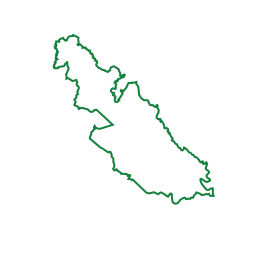 Baba, Los Rios, Ecuador, rotated 307°
{"feature_id": "8360857B87551033662534", "entity_name": "Baba", "entity_type": "district", "adm_level": 2, "iso_a3": "ECU", "parent_name": "Ecuador", "parent_adm1": "Los Rios", "projection": "albers", "projection_center": [-79.637, -1.673], "detail": "fine", "context": "isolated", "style": "outline", "palette": "green", "viewbox_px": 256, "rotation_deg": 307, "n_neighbors": 0, "source": "geoboundaries", "source_scale": "gbopen_adm2", "svg_char_len": 5826}
<svg xmlns="http://www.w3.org/2000/svg" viewBox="0 0 256 256"><g transform="rotate(307 128 128)"><path d="M159.0,20.7L157.3,20.0L156.2,20.5L156.0,20.9L155.7,20.7L155.2,20.9L154.9,19.7L154.2,19.2L154.1,18.9L153.8,19.0L153.7,18.8L153.5,19.1L152.6,19.1L152.3,19.5L151.3,19.8L151.3,20.1L150.9,19.9L150.9,20.7L150.3,20.7L150.1,21.4L149.2,21.3L148.9,21.5L148.7,21.2L148.5,22.0L147.9,21.9L148.1,23.3L147.3,24.3L147.4,24.6L146.9,24.8L147.0,25.5L146.5,26.2L146.0,25.8L145.5,26.2L145.0,25.9L144.1,26.2L144.2,26.8L143.4,27.4L142.7,26.9L142.2,27.5L141.1,27.9L141.1,28.2L140.4,28.1L140.0,28.4L139.9,28.7L140.4,29.4L140.4,30.0L139.6,29.3L138.9,30.0L138.2,29.7L137.4,29.9L137.1,30.5L136.7,30.1L136.4,30.7L135.8,30.6L135.6,31.2L134.0,30.9L132.9,31.5L132.7,32.2L132.1,31.9L131.8,32.1L131.6,33.6L132.6,34.9L133.8,36.2L134.4,35.7L136.9,37.5L137.6,38.6L139.2,39.7L139.8,39.7L140.7,39.3L142.0,39.3L143.1,39.8L144.6,39.4L142.0,41.5L141.1,42.4L140.3,44.3L139.7,44.8L135.1,46.1L133.5,46.3L131.9,48.3L130.3,49.0L131.5,50.0L131.9,50.9L132.1,55.5L134.0,56.8L134.3,57.4L135.3,57.9L133.7,60.2L132.5,60.4L131.4,61.3L131.2,61.8L131.4,63.4L130.3,64.7L126.1,65.9L125.1,67.7L123.4,67.1L122.7,67.2L121.5,68.4L120.8,68.4L119.1,68.0L118.3,68.1L117.6,70.2L117.3,70.5L114.2,71.2L113.9,71.6L114.9,74.8L114.5,75.7L114.8,76.8L114.2,77.1L114.0,76.7L113.6,77.2L114.0,77.6L115.6,78.0L115.7,78.7L117.1,80.1L117.3,81.8L117.9,82.7L118.6,84.5L118.3,87.3L118.7,89.0L119.7,89.9L121.1,90.5L122.1,90.3L123.6,91.8L121.4,113.9L110.5,106.1L109.1,103.8L109.0,102.0L109.6,100.1L107.9,100.4L107.0,102.0L106.5,101.6L104.5,101.7L102.4,101.2L100.9,102.4L99.6,102.6L96.6,103.8L95.8,117.8L96.3,120.2L96.6,126.3L96.8,126.4L96.9,127.4L98.0,127.7L98.3,128.5L96.9,131.0L95.3,132.1L94.8,134.5L93.4,135.9L92.1,136.5L91.3,138.2L89.6,139.9L88.0,140.6L86.6,140.6L85.8,142.3L87.0,143.6L87.9,143.4L88.2,143.7L87.5,145.1L87.9,146.3L87.7,147.2L88.0,149.1L87.6,149.4L87.3,150.5L88.9,151.9L89.4,153.5L90.2,154.3L90.7,156.2L89.9,156.3L89.7,156.6L91.0,157.3L91.5,158.2L91.1,158.6L89.6,158.5L88.9,158.9L87.6,159.0L89.1,162.0L88.8,162.6L89.5,162.8L89.6,163.4L87.5,180.8L87.6,182.6L88.8,184.5L92.3,187.4L93.2,191.9L95.3,192.4L96.4,193.1L97.1,197.2L96.9,200.3L97.2,201.0L97.5,200.7L98.2,200.8L98.7,201.4L101.0,201.2L101.6,202.1L101.1,203.2L99.0,204.8L95.8,208.0L95.6,209.6L95.8,210.8L96.4,211.7L97.9,212.9L102.6,213.1L106.2,214.7L106.5,215.1L106.7,215.8L106.1,217.0L106.7,218.1L108.2,218.9L108.9,220.4L109.9,220.2L110.5,220.4L111.7,222.0L112.8,221.5L114.8,221.4L115.9,221.7L117.7,221.4L119.0,225.5L118.7,227.2L119.2,227.8L120.1,228.2L120.8,229.4L122.3,230.1L122.7,230.5L122.9,231.5L124.1,232.2L123.3,234.1L123.3,234.6L125.4,237.2L126.0,235.9L126.7,235.2L130.8,232.1L129.8,230.7L127.7,229.9L126.5,229.2L126.0,227.2L127.6,221.2L128.6,219.0L129.5,217.6L130.8,216.7L131.5,217.0L131.9,222.3L132.4,223.3L132.8,223.9L134.8,225.0L135.9,224.9L136.3,223.9L136.1,221.4L136.5,220.1L137.4,219.4L138.4,219.2L140.6,219.6L141.5,219.4L142.1,218.0L141.9,216.1L142.3,214.6L143.6,213.9L146.9,212.8L147.6,211.8L147.6,211.1L146.1,211.3L145.7,210.5L144.7,209.9L144.6,209.4L145.9,208.6L146.3,207.9L145.9,207.3L144.7,207.4L144.4,206.9L144.5,205.0L145.3,204.0L145.5,202.0L145.9,200.8L145.0,198.8L145.8,196.9L145.4,195.2L145.8,193.0L145.3,191.3L146.3,187.6L146.3,185.0L146.0,184.5L144.7,185.2L143.1,185.1L142.3,184.0L143.3,181.8L142.8,180.4L143.3,179.5L143.6,178.2L144.5,177.0L144.1,175.9L144.1,174.7L145.0,172.8L144.7,172.3L144.5,170.8L144.9,170.1L146.3,170.2L146.8,168.9L146.8,168.3L147.9,166.2L148.2,164.4L148.7,164.8L149.0,164.6L148.5,163.8L149.1,163.0L149.0,162.3L149.7,162.3L149.7,161.4L150.8,161.2L151.3,160.3L151.1,159.3L151.3,158.5L150.0,157.8L149.9,157.0L152.1,154.8L152.8,153.7L153.7,151.3L152.6,150.6L152.8,149.8L153.6,149.0L154.2,149.4L154.7,148.5L154.4,147.8L153.2,146.9L153.3,144.9L154.1,144.1L155.8,143.4L158.6,143.1L159.3,142.5L160.1,142.3L161.4,140.9L161.5,140.2L162.3,138.8L163.9,138.0L163.9,137.5L163.0,137.0L162.0,137.9L161.6,137.6L161.1,136.8L160.9,135.3L161.2,134.1L160.9,133.4L159.8,132.4L159.8,131.1L160.5,130.1L160.8,129.1L161.7,128.0L161.9,127.2L161.7,126.4L160.3,125.0L159.7,123.5L159.9,120.0L160.9,118.0L160.8,117.5L161.4,116.7L167.2,111.4L168.2,108.1L169.8,107.0L168.3,106.0L166.7,103.9L166.2,104.0L165.7,103.6L165.0,101.9L164.0,101.3L158.8,102.4L157.7,102.4L156.0,102.0L154.7,102.3L154.2,99.7L153.2,100.0L152.4,102.9L147.8,103.4L147.0,103.2L146.3,103.5L145.3,103.1L144.7,103.3L144.6,104.3L143.8,103.9L142.6,104.0L141.3,102.1L141.9,101.0L143.0,100.2L144.0,100.1L144.2,99.5L145.7,98.9L145.2,96.3L145.6,96.1L145.8,96.8L146.2,96.9L146.6,96.1L147.6,95.7L146.7,94.4L146.7,94.0L147.1,92.3L147.8,91.7L148.7,91.5L150.4,91.9L151.3,93.6L151.2,94.1L151.6,94.4L152.3,94.4L152.8,94.1L154.3,92.5L155.6,92.5L156.3,91.0L156.0,90.0L157.0,89.8L157.2,90.3L157.9,90.0L158.8,90.4L158.4,91.1L159.0,91.5L160.4,91.2L160.8,90.7L161.5,90.7L162.5,91.9L164.5,92.3L164.9,93.2L166.1,93.8L167.2,93.9L168.4,93.5L168.5,92.9L165.1,90.9L164.9,90.5L167.3,88.5L168.3,86.2L169.3,85.1L169.0,80.2L168.1,79.0L165.8,77.8L163.0,79.0L161.9,78.2L160.6,78.2L159.8,75.1L160.1,74.7L159.9,74.0L159.0,72.6L158.9,70.0L158.4,68.0L159.1,64.8L159.6,64.3L161.6,64.0L162.5,63.4L162.7,62.0L162.1,61.4L163.2,60.3L162.7,60.1L163.1,59.0L163.0,58.2L163.6,58.1L163.8,57.6L163.7,57.1L164.2,57.1L164.4,56.5L165.1,56.1L165.1,54.9L165.5,54.6L165.0,54.2L165.0,53.1L165.4,53.1L165.9,51.9L166.7,51.4L166.3,51.2L166.4,50.6L166.1,50.3L166.3,49.9L166.0,49.8L166.3,48.9L166.0,48.3L166.3,47.4L166.0,47.2L166.0,46.7L166.1,46.1L166.5,45.9L165.9,45.3L166.2,44.9L164.7,43.4L165.7,43.1L166.0,39.4L164.6,38.7L164.1,38.0L164.3,37.4L165.8,37.8L168.5,35.2L170.2,34.1L170.0,32.0L169.1,28.2L168.2,28.5L167.0,27.1L165.3,25.7L163.7,25.7L161.5,26.3L160.8,26.2L160.8,25.2L160.1,24.9L160.3,24.5L160.2,23.9L160.4,22.5L160.8,22.0L159.0,20.7Z" fill="none" stroke="#15803d" stroke-width="2"/></g></svg>